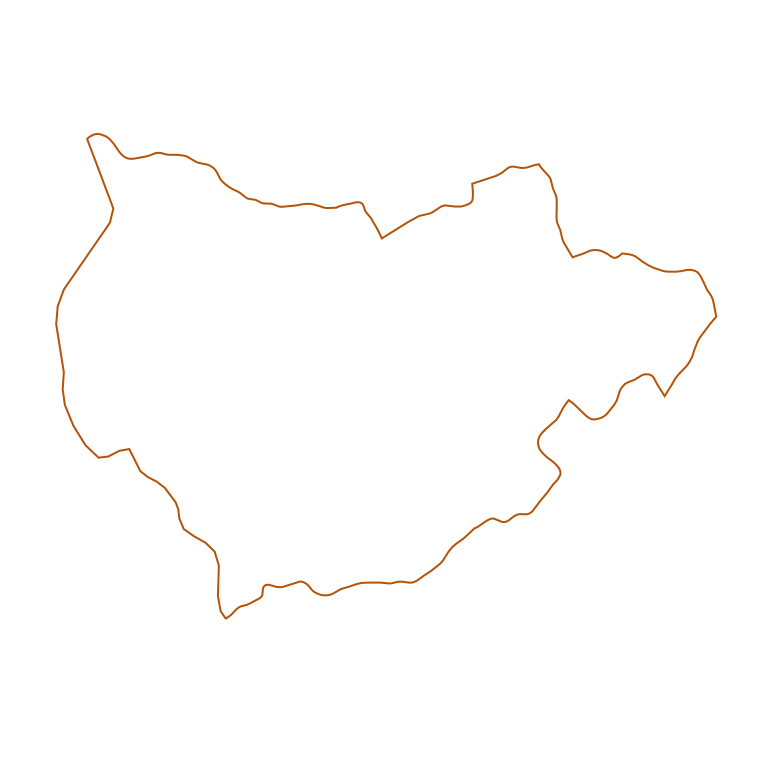 the border of Severno-Backi, rotated 272°
{"feature_id": "SRB-274", "entity_name": "Severno-Backi", "entity_type": "District", "adm_level": 1, "iso_a3": "SRB", "parent_name": "Republic of Serbia", "parent_adm1": "", "projection": "albers", "projection_center": [19.626, 45.896], "detail": "fine", "context": "isolated", "style": "outline", "palette": "amber", "viewbox_px": 768, "rotation_deg": 272, "n_neighbors": 0, "source": "natural_earth", "source_scale": "10m", "svg_char_len": 4204}
<svg xmlns="http://www.w3.org/2000/svg" viewBox="0 0 768 768"><g transform="rotate(272 384 384)"><path d="M485.2,72.2L535.5,104.4L549.9,107.4L618.4,78.8L619.6,79.7L620.9,81.3L622.9,84.7L623.5,86.4L623.9,88.9L623.8,91.4L621.8,97.4L619.6,100.9L614.6,105.5L606.8,111.3L604.7,113.2L602.8,115.4L600.9,118.6L600.3,121.1L600.2,123.8L600.5,126.4L603.1,138.3L603.9,140.9L606.8,147.8L607.2,150.3L607.1,152.8L605.9,158.0L605.6,160.6L605.8,169.1L605.3,175.8L604.5,179.0L599.1,189.1L598.3,192.4L597.2,199.2L596.2,202.4L594.3,205.5L592.4,207.6L590.2,209.3L583.2,213.2L581.0,215.0L578.6,217.8L575.5,222.2L573.1,226.6L571.1,231.5L569.8,233.6L565.3,239.8L564.6,241.3L564.3,242.4L563.6,249.1L560.5,256.0L560.2,258.3L560.3,264.1L559.9,266.6L557.6,273.2L557.5,275.7L559.3,289.6L560.9,296.8L561.5,302.4L561.3,305.3L560.9,308.0L558.0,318.7L557.9,322.0L558.5,330.0L560.2,333.7L561.3,336.8L563.4,345.4L564.5,349.2L564.8,351.9L564.4,354.3L563.8,355.4L563.0,356.3L561.0,357.4L556.3,359.2L554.1,360.9L549.1,365.4L545.6,367.4L540.3,370.9L535.2,373.8L529.4,376.7L546.7,402.4L552.2,411.5L553.3,413.8L555.4,421.7L556.2,424.3L557.7,427.0L563.1,434.5L564.3,437.1L564.6,439.5L563.8,448.5L564.0,454.2L564.6,456.9L565.2,458.7L566.7,462.1L567.6,463.7L569.5,465.4L571.3,466.0L573.3,466.2L578.4,466.2L587.2,465.2L596.0,489.0L599.1,494.3L604.3,500.5L605.2,502.3L605.7,504.3L605.7,506.8L604.7,513.3L604.8,516.1L605.3,519.1L608.1,527.2L609.0,531.3L607.6,532.0L604.9,534.2L597.0,541.9L594.3,543.4L585.1,546.1L578.3,549.3L575.4,550.0L569.3,550.4L556.8,550.6L553.8,550.9L550.8,551.6L544.0,554.8L536.0,556.9L531.7,558.7L517.2,568.0L521.2,578.5L524.5,585.4L525.2,589.1L525.2,592.8L524.6,596.5L521.9,602.5L518.8,607.4L518.2,609.1L518.3,611.2L519.2,613.2L520.6,615.1L522.8,617.5L522.1,624.9L521.3,628.2L520.2,631.1L515.3,638.1L512.2,643.4L509.5,649.3L506.9,658.2L506.3,661.4L506.2,664.6L506.4,671.4L507.3,677.9L508.3,681.6L508.7,684.3L508.7,687.0L508.3,689.6L507.7,691.5L506.7,693.2L505.4,694.6L502.3,696.9L496.6,700.0L490.6,702.9L488.8,704.0L484.0,707.6L482.1,708.7L480.0,709.6L475.2,710.9L462.9,713.7L456.4,708.5L444.0,699.8L441.3,698.0L437.8,696.1L435.3,695.2L429.1,693.0L421.4,690.9L417.9,689.1L414.1,686.9L411.7,685.1L404.3,678.4L399.9,675.1L392.9,671.4L381.7,664.9L392.3,657.6L399.9,653.2L401.8,651.3L402.8,648.5L402.9,645.5L402.4,643.0L401.7,641.3L397.1,634.4L394.2,627.8L392.1,624.4L388.9,621.8L385.7,620.0L375.7,617.2L371.4,614.9L362.0,607.9L360.0,605.8L358.4,603.4L357.3,601.0L356.1,596.7L355.9,595.0L356.1,592.6L357.3,589.9L359.1,587.4L361.3,584.8L371.0,574.0L374.3,569.2L371.3,567.0L365.8,563.5L358.0,559.9L354.2,557.5L344.9,547.5L340.4,543.4L337.9,541.7L336.0,540.8L334.0,540.2L331.3,540.0L328.7,540.2L326.7,540.8L324.7,541.6L322.4,543.2L320.2,545.2L316.6,549.2L312.0,555.8L310.4,557.8L306.4,561.5L304.1,562.8L302.3,563.4L300.5,563.5L298.9,563.1L295.6,561.5L293.9,560.4L289.4,556.4L281.1,550.9L274.0,545.3L262.1,536.8L260.2,534.8L259.0,532.4L258.7,530.1L258.7,524.2L258.1,521.8L257.0,519.6L255.6,517.6L251.5,512.7L250.7,511.0L250.2,509.1L250.3,506.8L253.3,498.5L253.2,496.1L252.0,493.2L250.2,490.3L245.0,483.4L243.4,480.7L242.9,479.4L234.6,471.3L232.0,468.4L226.6,461.4L223.1,457.7L218.9,454.5L209.5,449.0L206.3,446.3L199.1,437.9L193.9,430.6L189.9,425.6L188.2,423.1L186.9,420.4L186.4,417.9L186.4,415.4L187.1,409.2L187.0,406.5L186.6,403.9L185.1,398.6L184.8,396.0L185.4,387.3L185.0,375.6L184.5,369.0L183.2,364.0L180.2,356.0L177.6,348.2L173.0,340.7L171.7,338.1L171.0,335.5L170.7,332.8L170.8,330.0L171.3,327.4L172.5,323.9L174.4,320.5L176.5,318.4L179.5,315.9L181.5,313.5L182.5,311.8L183.2,310.1L183.6,308.5L183.6,306.8L183.3,305.9L177.5,289.4L177.3,286.6L177.4,283.8L179.3,276.1L179.3,274.6L179.0,273.0L178.2,271.7L176.9,270.8L175.3,270.2L168.6,269.7L167.2,269.0L165.7,267.4L160.0,257.7L158.6,254.9L156.7,248.5L155.3,246.2L153.4,244.1L147.9,239.2L145.9,236.7L144.1,234.0L151.2,228.7L166.3,225.4L196.8,225.3L210.6,220.6L219.1,211.2L225.3,199.3L232.0,189.0L242.3,184.2L251.5,182.8L258.5,179.9L272.5,168.6L278.4,160.4L282.6,151.5L288.4,143.5L310.1,131.7L308.0,121.9L301.9,111.0L300.4,101.3L312.4,87.8L331.5,75.0L351.9,65.8L367.1,63.1L384.6,63.6L432.4,54.3L450.1,55.2L467.2,60.7L485.2,72.2Z" fill="none" stroke="#b45309" stroke-width="2"/></g></svg>